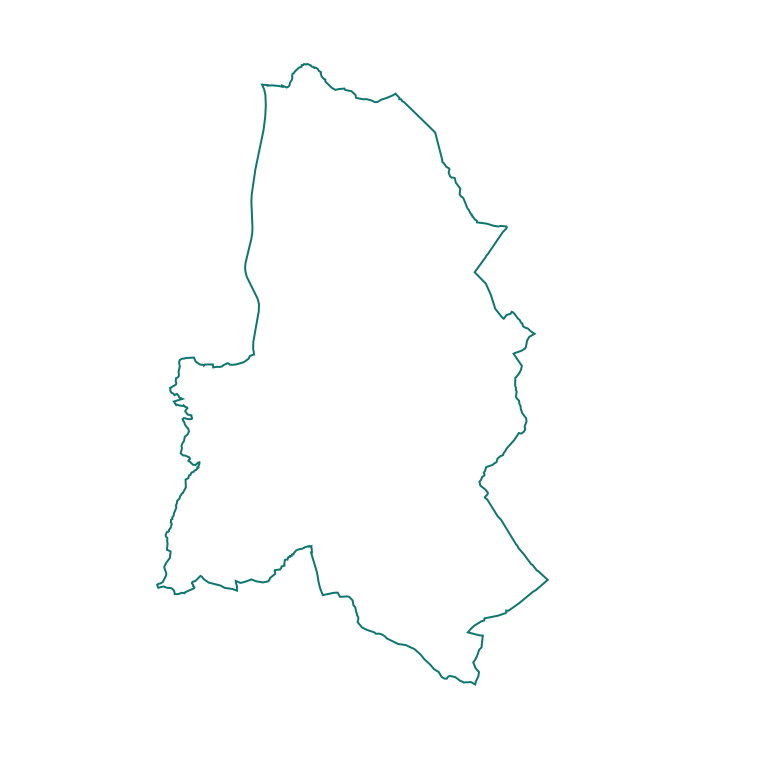 Breaza, Prahova, Romania (Equal Earth projection), rotated 202°
{"feature_id": "2599482B80317007736787", "entity_name": "Breaza", "entity_type": "district", "adm_level": 2, "iso_a3": "ROU", "parent_name": "Romania", "parent_adm1": "Prahova", "projection": "equal_earth", "projection_center": [25.656, 45.184], "detail": "fine", "context": "isolated", "style": "outline", "palette": "teal", "viewbox_px": 768, "rotation_deg": 202, "n_neighbors": 0, "source": "geoboundaries", "source_scale": "gbopen_adm2", "svg_char_len": 6154}
<svg xmlns="http://www.w3.org/2000/svg" viewBox="0 0 768 768"><g transform="rotate(202 384 384)"><path d="M482.1,657.5L483.7,655.2L488.8,650.1L493.1,646.6L495.2,643.6L496.8,642.4L498.1,641.9L501.9,642.2L506.6,641.6L510.3,640.1L516.8,638.9L517.4,639.1L518.5,641.2L523.8,643.3L530.1,642.1L531.4,643.1L536.3,640.6L539.2,638.5L543.1,639.0L551.6,642.4L552.4,644.3L553.4,644.2L557.0,645.7L559.4,648.9L559.3,649.5L561.7,650.0L563.7,651.4L565.8,651.7L566.9,650.9L567.7,651.5L570.1,651.2L571.3,652.0L575.0,652.0L576.2,650.9L578.0,650.7L578.4,649.5L579.8,648.8L579.3,647.3L581.3,645.5L583.8,640.2L583.8,638.8L585.0,637.4L584.6,635.1L583.6,633.6L583.4,631.3L584.1,628.2L583.5,625.9L583.9,624.0L584.7,623.1L585.3,622.5L590.2,622.5L589.5,621.5L593.2,620.9L599.6,619.0L603.5,617.1L603.6,617.6L609.2,615.9L605.5,612.3L602.2,607.5L597.9,597.9L594.3,587.5L590.8,574.3L583.7,535.0L577.7,510.3L575.2,503.2L564.6,479.9L562.8,474.9L561.4,469.0L557.7,444.2L556.3,439.7L554.5,436.2L551.4,432.0L533.3,415.9L529.8,411.2L527.4,404.6L521.0,374.3L518.6,367.8L515.5,362.7L517.7,360.9L519.0,359.4L518.8,357.1L522.1,351.7L528.7,346.6L531.8,345.0L534.1,344.2L536.2,344.9L536.7,344.7L539.9,341.4L540.8,339.5L542.9,338.2L545.3,337.4L548.6,335.4L550.0,338.0L557.3,335.0L558.0,333.4L558.9,334.0L562.0,333.1L567.1,334.3L570.0,337.3L577.3,334.0L578.5,332.9L580.5,332.0L582.2,330.0L582.3,328.6L582.1,327.3L579.9,323.7L579.0,318.1L577.6,315.7L577.3,314.4L577.4,313.3L579.0,311.4L578.2,308.7L576.9,307.1L576.7,305.5L580.9,300.1L580.1,299.3L579.7,297.8L577.7,296.2L575.7,296.2L574.1,295.2L572.4,297.2L570.5,296.4L568.5,294.7L565.3,294.7L572.3,289.0L568.8,286.6L568.3,287.3L565.8,287.4L562.2,288.3L561.9,289.2L559.7,288.3L558.1,288.5L557.2,287.9L558.2,285.1L557.9,284.0L554.4,282.1L550.8,282.8L550.2,281.4L549.1,280.5L549.2,279.5L552.0,278.1L556.7,277.5L557.6,276.0L556.7,274.9L554.7,273.6L553.6,272.0L550.7,270.0L548.8,269.3L547.1,267.0L547.1,264.1L548.9,260.3L548.1,256.2L548.7,253.4L548.6,250.7L547.3,248.9L546.6,243.6L543.5,242.5L541.5,243.2L537.0,243.0L535.8,241.8L536.6,240.1L536.4,239.3L534.7,239.2L530.9,237.6L528.4,238.3L527.0,241.3L526.2,242.2L525.8,242.3L525.2,240.7L525.3,237.8L524.8,237.2L525.8,236.7L525.2,235.8L526.3,233.6L527.3,232.7L527.6,231.2L529.3,229.8L529.4,227.4L530.6,226.1L530.1,223.4L532.2,221.1L529.0,213.9L529.7,207.4L530.5,206.6L530.5,205.1L531.0,204.1L530.7,201.0L532.0,198.2L531.4,196.2L531.4,193.2L530.6,192.4L530.2,191.0L530.3,185.6L529.8,183.2L530.3,181.0L529.6,179.5L530.6,178.3L529.8,175.7L528.8,175.3L528.3,174.3L527.9,170.7L528.7,168.4L528.2,167.2L528.7,166.1L529.6,165.8L529.9,165.0L529.9,162.3L529.1,160.9L527.2,160.0L526.8,159.2L526.2,157.0L524.9,155.1L523.2,149.0L519.3,148.9L518.9,148.2L517.4,142.4L519.0,136.4L519.2,132.5L518.8,131.3L514.9,126.9L514.3,124.7L514.9,117.5L516.6,115.3L518.3,114.2L519.1,112.8L517.0,110.5L512.5,113.7L508.7,113.8L504.5,115.1L501.7,114.0L500.2,112.4L499.3,110.8L496.3,112.0L493.2,114.7L490.5,115.3L490.4,116.4L483.6,123.4L483.7,124.6L485.3,125.1L485.5,126.1L487.5,127.4L487.6,128.1L487.3,128.9L485.0,130.8L482.3,137.3L480.8,137.1L478.2,135.6L472.3,134.2L459.7,135.9L456.9,135.4L454.9,135.4L447.7,137.2L443.0,137.3L444.6,141.5L446.7,144.0L447.6,145.8L442.6,145.8L439.4,148.0L433.7,153.1L428.6,153.2L422.1,154.6L417.7,157.4L416.9,159.0L416.9,161.6L413.9,166.9L414.1,168.1L415.4,169.8L415.4,170.5L410.8,173.2L410.4,175.2L410.6,176.5L408.2,178.4L409.0,179.7L410.0,183.6L409.3,184.4L407.7,185.0L407.9,187.5L406.5,188.5L407.0,188.9L406.9,189.3L405.2,190.1L405.4,191.3L405.2,191.8L404.1,192.1L404.2,193.5L403.1,196.7L401.2,198.7L398.3,200.4L396.0,203.2L392.8,205.6L392.5,205.2L390.6,206.6L390.0,204.8L389.5,204.5L387.7,200.8L388.5,200.4L375.7,184.4L370.8,176.4L366.9,170.9L361.7,165.3L352.0,171.8L348.8,173.2L345.0,170.2L338.7,173.2L336.5,173.6L332.0,171.6L329.5,167.5L326.9,166.1L324.6,162.5L322.9,160.7L322.6,159.7L320.5,158.1L319.7,156.3L319.3,153.4L313.4,150.1L307.5,149.6L299.8,150.1L298.0,149.4L294.7,150.8L292.6,151.0L288.9,150.5L286.2,149.2L273.6,148.2L266.0,150.1L256.4,149.6L248.4,146.7L243.7,144.0L236.0,141.1L230.9,138.4L225.3,137.4L221.2,134.2L218.1,133.5L215.5,134.2L214.9,136.7L213.4,138.1L208.0,138.9L202.3,137.4L198.2,137.2L191.7,140.2L186.9,139.6L187.4,142.6L187.0,148.1L188.0,152.5L192.8,154.9L197.0,159.4L196.3,161.8L195.8,166.3L196.2,173.2L194.9,176.2L198.1,187.7L201.0,186.8L213.2,185.1L211.6,190.0L209.4,194.2L204.7,200.6L202.5,202.3L203.1,204.3L191.8,211.7L185.5,217.0L185.0,218.3L185.8,219.7L183.7,220.4L176.8,231.0L167.9,247.4L166.1,249.6L158.8,263.7L171.2,268.4L172.3,268.3L178.5,271.9L179.9,272.0L190.9,278.7L197.8,282.2L199.8,284.1L201.1,284.5L224.8,302.1L229.0,303.9L244.9,315.5L247.7,316.4L248.1,317.0L246.6,320.6L247.1,322.2L250.3,324.0L256.6,325.9L258.9,329.2L258.1,331.3L258.2,334.4L256.7,336.9L256.9,337.8L258.3,339.3L257.8,340.9L258.1,345.3L252.9,349.7L252.3,351.2L250.4,353.7L250.8,357.4L248.9,360.9L247.1,362.5L247.1,365.1L246.3,367.8L246.3,369.6L242.3,380.6L240.6,389.1L238.6,389.3L237.7,390.0L236.5,392.1L236.0,394.6L237.7,397.4L237.8,402.5L239.4,405.5L244.9,408.7L248.1,412.5L249.1,414.7L251.1,416.4L252.5,419.1L255.3,420.3L256.9,421.6L258.1,426.5L259.7,428.2L260.1,429.7L261.8,431.6L264.5,438.8L263.1,442.6L262.5,445.8L262.4,448.9L262.9,452.4L275.2,460.6L274.4,461.6L269.3,466.0L266.5,469.7L266.3,471.5L267.6,477.8L267.0,482.1L263.2,486.9L268.3,488.0L271.1,489.3L274.5,489.2L277.0,489.7L278.1,491.7L280.2,492.3L281.8,494.0L284.4,494.9L289.2,497.9L291.6,498.8L292.6,498.8L293.0,496.5L296.3,493.8L297.4,489.4L299.4,490.0L309.0,495.4L318.8,507.2L327.2,515.2L341.8,521.6L337.1,540.4L337.3,541.3L336.5,542.9L330.8,569.2L328.9,573.8L328.8,575.3L329.5,575.9L334.8,574.4L337.0,572.9L341.4,571.8L348.6,571.2L358.4,568.7L359.2,570.2L361.5,570.6L363.4,572.0L364.6,572.3L364.8,572.9L365.9,573.2L366.1,574.0L367.7,574.6L370.9,577.4L372.5,578.2L379.4,585.4L381.2,586.6L382.5,586.6L384.9,588.1L386.5,593.8L392.9,597.6L395.4,601.3L396.3,601.5L398.6,600.7L400.3,601.1L403.0,603.9L403.5,605.4L403.7,607.5L404.4,608.3L407.6,608.7L410.9,610.9L413.2,611.8L413.8,613.4L430.8,636.4L471.0,652.9L473.2,653.1L474.5,654.4L476.5,653.8L476.8,655.0L482.1,657.5Z" fill="none" stroke="#0f766e" stroke-width="2"/></g></svg>